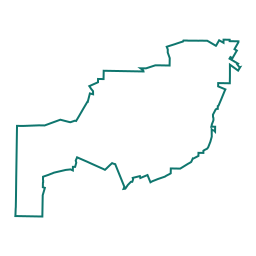 Nungarin, Western Australia, Australia (Mercator projection), rotated 181°
{"feature_id": "25037944B34284730981486", "entity_name": "Nungarin", "entity_type": "district", "adm_level": 2, "iso_a3": "AUS", "parent_name": "Australia", "parent_adm1": "Western Australia", "projection": "mercator", "projection_center": [118.178, -31.137], "detail": "fine", "context": "isolated", "style": "outline", "palette": "teal", "viewbox_px": 256, "rotation_deg": 181, "n_neighbors": 0, "source": "geoboundaries", "source_scale": "gbopen_adm2", "svg_char_len": 2798}
<svg xmlns="http://www.w3.org/2000/svg" viewBox="0 0 256 256"><g transform="rotate(181 128 128)"><path d="M50.2,216.6L54.7,216.6L57.6,216.6L58.7,216.5L61.4,216.5L63.4,216.5L67.4,216.4L70.3,216.4L70.5,216.5L74.1,216.4L74.6,215.4L76.2,214.9L80.8,213.3L82.4,212.7L87.5,211.0L90.7,209.9L89.6,207.2L89.6,204.2L87.5,198.6L87.5,191.2L91.1,191.2L96.5,191.2L101.9,191.1L110.9,188.0L116.4,187.9L116.5,187.9L114.4,186.4L114.1,186.1L113.8,185.7L113.6,185.3L113.5,184.8L113.8,184.8L118.1,184.8L128.8,184.8L130.9,184.8L132.9,184.8L140.3,184.8L149.3,184.8L153.3,184.8L153.3,176.5L158.8,176.5L158.8,173.2L167.4,169.2L166.3,167.7L165.9,166.9L163.6,164.2L163.5,161.1L165.1,161.5L166.7,161.9L168.7,153.5L169.0,153.6L173.1,146.4L177.2,139.0L180.0,134.1L181.2,134.4L185.6,132.8L185.8,132.8L186.6,132.9L193.7,134.6L195.8,135.1L206.5,131.0L206.7,130.9L211.4,129.1L217.1,129.1L218.9,129.0L220.7,128.9L226.1,128.6L233.3,128.2L233.8,128.2L237.2,128.2L239.0,128.2L239.0,122.9L238.9,78.1L238.9,77.8L238.9,77.0L238.8,57.5L238.8,52.4L238.8,46.9L238.9,45.3L239.0,39.7L239.1,38.0L212.1,38.0L212.1,59.3L210.3,65.9L210.3,66.0L210.1,66.7L212.1,67.3L212.1,67.6L212.1,71.7L212.0,72.5L211.9,72.5L211.9,74.1L212.0,74.3L212.1,74.7L212.1,74.9L212.1,77.8L210.2,78.5L206.6,79.8L204.5,80.7L202.9,81.3L201.4,82.0L199.5,82.5L189.5,85.0L184.7,85.6L182.4,84.6L182.4,88.2L180.2,88.2L179.1,92.4L179.7,94.5L178.8,96.7L178.4,97.8L175.3,96.5L168.1,93.5L164.9,92.1L158.6,89.4L152.0,86.6L150.3,85.8L149.0,87.0L145.5,90.5L143.3,92.6L143.0,92.4L141.0,91.8L140.7,91.8L140.1,91.6L139.9,91.0L136.5,83.0L135.6,80.9L133.9,76.9L130.6,69.1L131.4,67.0L129.6,67.3L127.2,71.0L124.2,74.2L122.8,74.3L122.0,76.7L122.4,78.2L115.3,80.1L114.8,78.2L107.7,81.3L106.4,78.3L104.6,74.1L102.5,75.3L99.8,76.4L97.2,77.5L90.3,80.0L88.8,81.0L85.8,82.6L84.5,83.4L84.5,88.3L75.1,88.3L70.4,91.3L67.3,93.3L65.7,94.2L64.2,95.2L62.8,98.4L62.7,98.3L57.1,101.3L57.1,104.4L52.4,104.4L52.2,104.4L52.2,106.6L51.2,107.3L48.5,108.7L47.5,110.1L45.4,115.7L44.1,120.8L44.3,128.0L44.1,127.8L43.8,127.5L43.7,127.6L43.3,127.4L42.9,127.2L41.7,126.8L41.4,126.7L41.2,126.5L41.1,126.3L41.0,126.0L40.9,125.9L40.9,126.7L40.9,130.8L44.7,130.8L44.4,131.9L44.2,133.2L43.2,135.8L42.8,137.0L42.7,137.5L42.8,139.6L42.9,139.9L43.1,140.3L43.2,140.5L43.2,140.9L43.2,141.2L43.3,142.8L40.7,148.0L39.8,148.7L38.6,148.7L38.6,151.5L37.9,151.9L35.5,157.8L31.9,167.0L31.3,168.3L34.8,169.7L38.4,171.1L38.6,171.2L38.6,171.3L38.6,174.5L34.3,174.5L27.0,174.5L27.0,181.9L27.0,182.0L27.2,193.1L23.9,190.8L18.9,187.3L16.9,190.8L17.6,190.6L20.0,193.7L19.2,194.3L27.7,199.1L26.8,200.7L24.8,199.6L21.1,206.3L20.5,207.3L22.9,208.7L21.0,212.2L19.1,215.7L19.1,216.6L27.9,216.6L27.9,218.0L34.0,218.0L34.0,214.9L38.4,217.3L41.4,211.8L41.5,211.7L48.4,215.6L50.1,216.5L50.2,216.6Z" fill="none" stroke="#0f766e" stroke-width="2"/></g></svg>